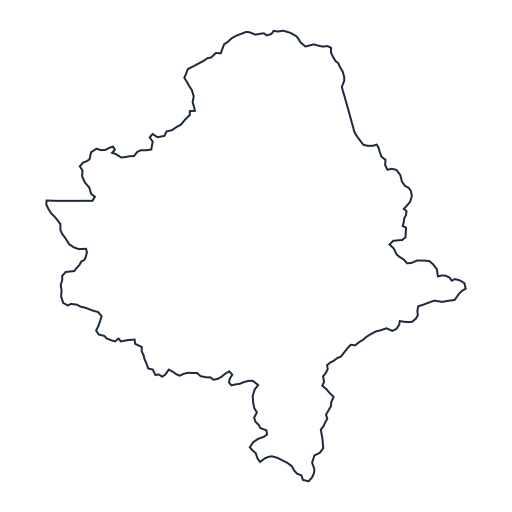 Piedade, São Paulo, Brazil (orthographic projection)
{"feature_id": "56859067B69793301724328", "entity_name": "Piedade", "entity_type": "district", "adm_level": 2, "iso_a3": "BRA", "parent_name": "Brazil", "parent_adm1": "São Paulo", "projection": "orthographic", "projection_center": [-47.435, -23.801], "detail": "fine", "context": "isolated", "style": "outline", "palette": "slate", "viewbox_px": 512, "rotation_deg": 0, "n_neighbors": 0, "source": "geoboundaries", "source_scale": "gbopen_adm2", "svg_char_len": 4054}
<svg xmlns="http://www.w3.org/2000/svg" viewBox="0 0 512 512"><path d="M331.0,47.7L327.4,46.1L322.9,46.6L318.9,45.8L313.7,44.4L305.4,46.5L300.4,42.3L298.5,38.9L296.3,36.2L290.6,32.9L283.3,30.7L277.9,31.5L273.6,30.9L271.4,34.0L266.8,35.4L263.8,33.3L260.1,33.8L255.3,34.6L249.7,32.3L246.1,31.9L241.7,33.7L236.9,35.4L231.6,38.3L228.1,41.6L224.0,44.4L222.1,49.7L220.8,53.3L215.8,53.0L211.2,57.4L207.2,58.3L204.0,60.6L199.6,63.0L193.9,66.0L187.9,69.0L185.9,74.1L184.3,77.8L186.8,81.7L188.8,85.3L191.9,90.2L193.7,96.3L192.6,102.5L194.0,106.6L194.9,110.8L189.9,111.1L189.7,115.1L185.0,119.7L180.9,124.7L176.9,126.8L171.9,130.1L166.5,131.5L164.4,135.9L157.5,137.2L152.6,134.0L149.7,137.3L152.7,141.8L152.0,145.4L151.3,149.5L145.9,150.3L141.0,150.2L137.3,151.9L133.9,156.1L130.2,156.1L125.7,157.0L121.3,157.5L116.1,154.2L112.1,152.8L114.9,149.8L113.0,146.6L109.5,147.7L105.7,149.8L101.1,150.2L96.5,148.7L91.1,152.2L89.5,159.3L86.8,161.2L83.0,162.6L79.8,166.3L82.5,170.6L82.1,176.3L84.9,182.5L89.3,187.6L91.1,193.8L94.9,196.8L92.4,200.8L57.7,200.9L46.6,200.5L46.3,204.6L48.3,208.7L50.6,212.6L53.8,215.9L56.9,219.4L60.4,224.1L60.4,230.1L62.4,234.2L65.4,238.2L69.2,244.3L74.1,247.5L78.9,249.1L86.1,248.8L86.9,252.4L85.9,256.3L84.6,259.8L81.2,261.6L79.5,264.9L76.7,267.8L74.2,271.1L70.0,271.5L65.7,272.0L62.1,276.0L62.3,279.6L60.7,285.4L61.6,290.5L61.1,296.3L63.2,302.9L67.9,305.5L70.9,303.9L77.0,304.7L80.5,306.6L85.5,307.8L93.1,310.7L98.2,312.1L101.6,316.2L100.0,321.5L98.0,326.9L96.1,330.5L98.7,334.5L104.2,335.9L106.7,338.5L111.5,340.4L115.0,341.4L118.6,338.6L120.9,341.4L128.4,340.0L134.6,339.6L135.2,343.9L141.8,347.0L141.7,351.5L143.5,355.0L144.5,359.1L146.3,363.2L148.2,368.5L152.7,369.5L155.4,375.0L158.9,374.5L162.1,376.7L165.4,374.5L168.8,369.6L172.6,371.6L176.1,374.1L179.5,375.7L184.0,373.7L188.1,372.8L192.2,373.0L197.0,373.0L200.7,376.2L206.1,377.3L210.3,377.3L213.5,379.8L218.0,378.8L221.5,376.8L225.2,373.7L229.2,371.4L232.3,374.7L229.7,378.8L229.0,382.5L231.3,385.3L235.6,384.4L239.8,383.8L243.9,382.1L248.6,380.8L252.9,380.9L258.2,385.0L254.8,389.3L252.7,395.8L253.2,403.0L254.3,408.2L256.9,412.4L254.1,417.7L255.5,421.8L258.6,424.8L260.5,428.2L266.4,430.3L267.1,434.5L263.9,436.8L258.0,438.9L253.2,442.2L249.8,447.3L252.1,450.0L255.7,453.1L257.6,458.7L260.1,461.9L264.6,458.5L268.3,456.9L271.9,456.3L277.3,457.8L281.9,460.1L287.3,462.8L292.0,466.4L293.9,470.2L297.1,473.7L301.4,475.4L302.9,479.9L308.6,481.3L312.2,477.2L314.0,473.1L314.4,469.3L312.1,462.6L314.4,455.5L319.8,452.8L323.2,448.3L322.6,440.4L321.9,435.8L320.8,429.6L323.5,426.2L325.3,422.2L327.3,418.7L326.0,414.7L328.7,410.0L331.0,406.1L331.2,402.3L333.6,396.9L329.0,392.3L326.4,389.2L322.3,385.7L324.0,381.8L323.1,376.3L325.6,373.2L327.7,369.2L327.1,365.1L330.5,362.4L333.5,360.9L337.5,357.9L340.9,356.6L343.5,353.3L347.6,348.0L350.8,344.8L355.1,345.3L359.5,341.9L363.0,339.8L366.3,336.9L370.9,334.1L375.9,331.4L379.6,330.6L386.5,328.3L392.2,330.9L396.4,328.9L399.1,324.9L399.8,321.1L404.6,321.8L408.7,322.1L412.1,321.8L415.8,318.7L417.8,315.4L417.4,311.0L418.3,306.2L422.7,304.9L429.4,302.4L434.3,300.6L442.5,301.9L447.5,300.9L451.4,300.4L454.7,299.9L458.8,294.0L461.9,290.9L465.7,288.7L464.4,283.2L459.8,280.4L455.0,279.1L451.8,280.7L449.3,277.4L445.2,275.6L441.8,275.5L437.9,276.4L436.8,269.1L433.1,264.3L429.3,261.1L424.4,260.6L417.2,260.5L411.5,262.9L407.2,263.3L403.6,259.4L399.5,256.9L396.7,254.5L393.6,248.3L389.5,244.5L393.2,240.8L397.4,240.4L402.2,240.0L405.5,237.3L406.0,227.7L402.7,226.0L403.8,221.9L404.2,218.4L406.0,215.0L406.5,211.1L403.8,208.9L406.8,205.7L410.2,201.6L411.9,195.9L410.7,190.5L408.4,187.6L405.1,186.0L401.9,181.5L400.3,175.0L396.5,170.0L392.2,168.8L387.4,169.7L385.1,165.0L385.5,159.9L381.5,156.7L379.8,152.2L378.5,147.5L376.7,144.6L372.8,145.8L367.8,145.8L363.5,144.9L361.0,141.8L358.7,138.7L356.0,134.8L354.2,131.5L353.1,127.0L352.0,123.3L350.5,117.8L348.8,111.6L344.2,95.3L342.6,90.1L341.9,86.6L344.2,80.9L344.2,77.0L342.8,71.9L339.9,66.9L338.2,63.1L335.5,61.0L333.0,56.9L331.0,52.6L331.0,47.7Z" fill="none" stroke="#1e293b" stroke-width="2"/></svg>